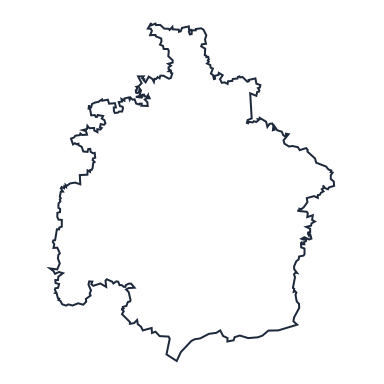 Bogra, Rajshahi, Bangladesh, rotated 90°
{"feature_id": "16705992B87441692505107", "entity_name": "Bogra", "entity_type": "district", "adm_level": 2, "iso_a3": "BGD", "parent_name": "Bangladesh", "parent_adm1": "Rajshahi", "projection": "mercator", "projection_center": [89.284, 24.83], "detail": "fine", "context": "isolated", "style": "outline", "palette": "slate", "viewbox_px": 384, "rotation_deg": 90, "n_neighbors": 0, "source": "geoboundaries", "source_scale": "gbopen_adm2", "svg_char_len": 5914}
<svg xmlns="http://www.w3.org/2000/svg" viewBox="0 0 384 384"><g transform="rotate(90 192 192)"><path d="M324.7,86.8L321.3,90.6L317.4,89.9L308.0,84.8L303.8,85.0L301.6,87.2L299.4,87.7L294.7,88.5L292.6,87.6L291.2,88.9L291.8,90.3L288.8,89.8L287.9,91.1L277.2,89.0L274.4,90.0L272.5,88.5L272.9,87.0L269.2,89.8L266.3,89.9L261.2,87.7L259.5,85.4L256.5,84.9L255.6,80.5L254.3,79.5L248.5,79.5L247.4,82.8L243.1,83.0L242.4,82.3L244.2,81.5L244.3,79.7L242.2,80.0L240.9,77.9L239.1,77.7L239.6,80.7L238.8,82.5L237.2,79.6L239.5,74.8L238.6,72.6L234.2,73.8L233.9,74.9L235.3,75.2L233.8,76.0L232.5,75.9L232.0,73.8L228.7,73.9L226.9,77.8L225.6,72.9L223.4,72.5L221.5,69.1L219.9,71.9L215.2,71.2L217.1,76.7L213.2,76.2L211.8,77.2L210.8,86.6L210.2,84.8L208.7,84.6L209.1,82.6L207.2,80.2L202.2,76.6L198.1,77.2L196.1,69.9L197.9,66.2L195.1,66.2L194.8,64.2L192.8,63.1L191.4,60.5L189.2,62.2L187.9,60.2L185.4,61.0L188.1,59.0L189.3,56.1L187.4,55.0L185.9,49.9L181.5,50.2L179.1,53.2L175.3,53.2L172.6,51.4L172.1,53.3L170.5,52.7L169.5,55.5L166.5,58.0L162.7,67.8L158.4,69.0L151.6,76.6L149.9,76.3L148.1,77.8L150.1,84.3L147.2,86.1L146.0,91.5L146.5,95.0L143.6,99.6L140.4,100.5L134.2,95.4L133.7,98.0L136.7,98.3L135.3,100.7L131.7,102.2L130.3,106.7L126.6,109.3L129.7,109.4L130.2,111.1L125.9,110.6L123.5,111.7L123.9,114.5L126.9,116.6L121.7,117.9L117.9,124.2L119.2,124.2L119.2,126.3L120.4,125.7L122.0,127.8L121.2,130.1L122.4,131.3L121.9,135.2L123.3,135.9L122.9,137.1L120.1,136.4L118.4,132.3L93.3,133.8L95.8,127.7L92.0,126.8L91.6,125.0L90.4,124.6L88.1,126.0L87.5,124.1L85.1,123.6L83.7,127.6L78.4,128.6L80.0,135.4L81.3,135.2L81.7,136.7L77.0,141.5L77.4,143.8L76.4,144.5L77.0,146.1L78.5,146.5L79.0,151.2L80.9,151.7L81.3,156.0L83.9,156.4L82.4,159.3L82.8,162.2L79.2,164.0L75.2,161.3L72.9,165.2L74.9,165.5L75.9,169.3L78.8,168.9L79.1,170.1L75.1,171.0L73.6,173.1L68.6,171.1L67.6,173.4L65.0,173.7L63.5,177.0L61.7,175.2L60.3,176.2L59.3,175.2L56.9,175.8L57.1,177.6L55.7,177.7L55.2,179.2L48.7,178.8L46.4,182.8L44.3,182.1L43.8,178.0L39.6,179.0L35.3,177.7L29.6,180.6L28.3,182.9L29.0,188.2L30.3,188.3L30.3,192.1L34.1,192.4L34.4,194.2L31.7,195.1L29.8,193.5L29.7,195.0L26.4,195.2L27.9,202.0L31.3,203.3L31.8,205.0L29.7,205.2L29.3,211.3L26.9,211.6L29.9,214.4L28.8,215.3L28.6,219.8L24.9,223.8L25.1,228.0L23.6,228.5L25.4,233.0L23.0,232.9L28.6,236.1L28.7,233.2L30.9,232.1L35.2,233.9L34.9,228.5L36.3,228.2L38.5,222.8L41.3,222.5L44.7,224.0L45.9,221.0L49.0,220.3L49.0,216.2L50.8,215.2L56.2,215.7L60.4,211.3L62.6,211.4L63.8,215.8L65.7,213.1L67.4,215.5L69.0,215.4L70.0,213.8L71.2,215.2L71.3,213.0L72.9,213.0L73.4,211.7L78.0,213.2L78.7,215.1L75.7,220.6L75.7,223.7L78.3,224.4L77.1,226.4L78.9,227.7L78.8,229.4L82.0,230.1L79.0,231.6L76.6,235.2L82.3,238.4L80.1,240.4L79.2,239.8L78.4,241.8L76.4,240.4L76.4,245.9L83.2,242.4L86.3,245.4L86.8,247.5L87.6,246.6L89.6,247.5L89.6,246.5L90.4,248.2L92.7,247.9L93.1,246.3L91.6,244.8L88.4,244.5L90.4,243.0L96.1,244.7L96.9,248.1L97.6,242.3L96.7,241.7L97.0,243.6L95.8,244.0L94.6,241.0L95.3,239.9L93.9,240.4L96.4,239.0L96.7,237.0L95.3,236.1L97.0,236.1L96.7,235.0L98.3,234.4L98.2,237.2L99.5,239.2L102.3,236.6L106.0,236.3L105.7,242.7L103.7,242.3L103.6,244.3L104.5,244.9L103.5,247.9L99.3,249.4L99.7,251.4L97.6,253.5L99.7,254.3L97.4,255.2L98.5,259.6L100.6,259.6L99.0,262.5L101.5,261.9L102.1,265.3L106.1,264.0L106.7,261.4L108.4,261.0L111.5,261.9L111.5,264.8L112.6,265.9L113.0,269.1L111.1,270.1L107.5,270.2L107.4,268.1L103.2,269.0L103.7,274.9L99.7,276.2L100.7,281.7L99.4,282.0L102.0,285.9L102.5,288.9L104.0,292.0L107.3,292.8L107.2,294.3L105.2,295.0L108.7,295.4L108.7,294.0L115.3,292.8L115.1,289.2L117.0,288.1L116.8,286.8L115.0,286.3L116.0,280.9L118.6,282.2L120.1,279.7L123.3,278.6L124.8,280.0L124.1,283.3L127.2,284.0L128.0,282.3L129.5,283.5L129.2,286.7L132.1,286.6L130.5,289.7L128.0,289.9L128.2,294.6L125.8,296.6L129.0,297.0L130.1,301.3L131.1,298.0L134.7,297.0L135.0,301.9L133.5,303.6L135.1,304.1L135.7,308.7L137.4,309.8L138.6,313.0L144.4,311.0L143.2,309.1L144.2,307.5L143.7,305.6L145.1,305.6L146.8,302.3L151.5,300.7L151.9,296.5L149.0,295.7L148.9,293.8L151.9,293.3L153.3,290.8L152.9,289.3L157.7,288.8L158.4,290.9L160.0,291.4L162.0,289.4L163.0,290.8L168.1,291.4L169.9,292.4L170.0,293.8L171.8,294.0L170.4,296.4L174.7,296.6L175.1,304.2L184.3,303.7L182.6,308.9L183.4,313.8L185.9,317.3L185.0,318.3L187.1,318.0L186.2,319.7L188.2,319.9L187.0,322.3L188.3,323.1L191.6,321.0L191.7,323.2L196.8,324.2L198.3,323.2L199.4,324.2L201.5,323.6L203.3,325.4L205.7,325.6L207.9,325.5L208.8,323.9L212.1,324.0L212.8,326.6L217.0,326.7L219.6,325.5L219.9,322.2L226.6,322.2L227.6,324.7L229.4,324.9L229.3,327.1L240.2,328.9L240.4,330.7L242.0,331.2L244.2,329.7L247.9,330.5L247.7,326.7L253.3,324.2L254.9,325.6L258.6,326.1L263.4,324.2L269.4,326.8L268.4,334.1L271.2,330.4L273.8,329.0L272.0,325.0L273.2,321.0L276.7,325.7L280.0,326.0L280.1,328.7L283.1,328.4L284.0,324.9L287.8,325.9L288.3,328.7L289.7,329.1L292.4,327.8L293.0,328.7L293.4,327.3L297.9,326.2L298.7,324.8L299.9,325.6L300.9,323.6L304.3,321.8L305.6,317.9L304.4,315.7L305.5,311.4L303.3,305.9L304.7,300.8L301.7,297.8L298.9,298.1L295.5,293.4L293.6,294.3L290.4,293.0L284.7,295.5L281.4,294.8L281.6,291.7L284.2,292.7L285.8,290.7L283.5,283.6L286.9,277.8L280.7,278.5L279.3,277.3L281.6,271.9L283.5,270.6L281.4,267.8L281.7,265.8L285.1,264.5L285.1,262.3L286.9,260.1L286.9,258.6L285.3,258.3L283.7,255.5L283.7,252.8L287.7,249.5L288.1,255.3L289.5,257.9L292.1,255.3L300.0,253.5L301.4,253.9L302.1,256.2L305.9,257.6L306.9,261.1L308.4,260.8L308.9,262.7L309.0,261.0L309.7,261.8L311.3,260.3L314.2,262.0L322.1,254.0L323.8,254.1L323.1,249.9L320.0,246.9L324.2,246.2L326.9,242.8L330.4,241.2L328.0,232.4L333.0,232.0L331.7,228.5L336.1,224.4L336.6,215.4L338.8,214.3L354.4,217.5L361.0,207.3L352.0,203.1L341.0,192.7L339.3,189.5L338.4,183.8L333.8,175.0L332.9,167.8L330.4,163.8L336.1,160.8L338.0,156.5L341.5,156.6L340.3,150.4L337.2,149.4L335.5,144.2L338.1,135.8L337.3,126.1L335.6,121.5L330.6,115.6L330.4,105.7L324.7,86.8Z" fill="none" stroke="#1e293b" stroke-width="2"/></g></svg>